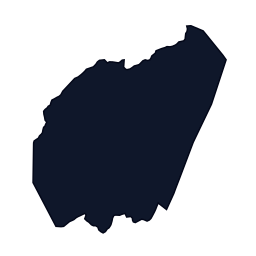 São Tomé, Rio Grande do Norte, Brazil, rotated 184°
{"feature_id": "56859067B14389226349371", "entity_name": "São Tomé", "entity_type": "district", "adm_level": 2, "iso_a3": "BRA", "parent_name": "Brazil", "parent_adm1": "Rio Grande do Norte", "projection": "natural_earth1", "projection_center": [-36.104, -5.997], "detail": "fine", "context": "isolated", "style": "filled", "palette": "ink", "viewbox_px": 256, "rotation_deg": 184, "n_neighbors": 0, "source": "geoboundaries", "source_scale": "gbopen_adm2", "svg_char_len": 1786}
<svg xmlns="http://www.w3.org/2000/svg" viewBox="0 0 256 256"><g transform="rotate(184 128 128)"><path d="M218.9,66.9L209.7,52.0L193.0,24.9L187.9,24.9L185.3,25.4L179.8,30.6L177.3,31.9L175.7,32.8L173.5,34.9L171.9,36.0L169.5,37.3L167.8,38.3L165.2,39.8L163.7,38.5L164.8,34.4L162.6,32.5L160.4,31.3L157.7,28.9L155.7,28.1L153.6,28.3L151.2,27.1L150.0,24.3L147.9,22.7L145.5,21.6L143.3,23.1L141.7,25.8L140.0,27.1L139.1,28.7L138.3,30.3L137.5,34.0L137.1,37.2L136.0,39.8L134.3,40.3L130.2,40.4L128.1,41.5L125.0,42.6L123.1,39.1L119.0,39.9L117.3,38.3L117.0,36.3L116.1,34.7L114.1,34.2L108.0,38.0L105.8,37.7L102.5,36.5L100.3,37.7L98.8,39.4L97.5,42.2L95.7,46.3L94.8,48.7L93.9,51.6L92.7,55.3L83.9,49.4L77.7,66.0L76.2,71.2L73.0,81.6L62.0,118.2L60.9,121.0L46.4,157.6L34.9,202.9L38.5,207.3L59.8,230.1L72.4,234.4L76.5,233.8L75.6,231.0L75.9,228.3L77.0,226.3L77.1,224.2L77.2,220.7L78.5,218.8L83.3,217.4L84.9,215.4L86.4,214.1L89.3,212.6L91.7,211.9L94.8,211.9L96.7,210.8L99.9,209.6L105.4,207.0L106.0,204.5L107.7,203.0L109.3,201.5L110.0,199.1L111.0,197.5L113.0,196.7L115.6,197.2L117.8,196.1L121.2,192.1L122.9,191.4L126.1,190.3L128.1,188.5L130.1,187.0L132.7,186.2L134.3,186.3L136.6,188.4L136.6,195.7L138.5,195.3L140.5,193.3L142.0,192.3L147.8,192.8L151.1,192.7L153.2,191.5L156.3,194.4L161.2,193.5L163.1,191.8L164.5,189.3L166.8,186.6L173.6,183.7L174.6,182.2L176.3,180.2L178.3,178.1L181.3,175.4L184.6,173.7L195.6,160.2L197.3,156.4L198.9,154.8L200.9,153.7L203.7,151.8L205.8,150.6L206.6,148.2L207.1,145.5L209.1,144.1L210.0,142.5L212.0,140.7L213.3,138.8L212.8,135.7L212.0,133.2L211.2,130.0L209.4,128.2L210.4,126.0L211.0,124.0L212.2,122.8L212.7,120.2L213.0,117.4L214.0,115.8L215.7,114.0L216.7,111.6L218.6,110.2L220.7,108.5L221.1,106.6L221.0,104.3L218.9,66.9Z" fill="#0f172a" stroke="#020617" stroke-width="1.5"/></g></svg>